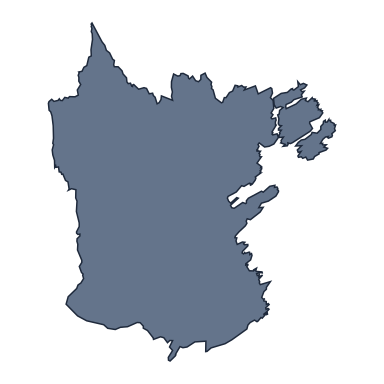 Asker nor, Oslo, Norway
{"feature_id": "86288312B86934644879837", "entity_name": "Asker nor", "entity_type": "district", "adm_level": 2, "iso_a3": "NOR", "parent_name": "Norway", "parent_adm1": "Oslo", "projection": "orthographic", "projection_center": [10.409, 59.839], "detail": "fine", "context": "isolated", "style": "filled", "palette": "slate", "viewbox_px": 384, "rotation_deg": 0, "n_neighbors": 0, "source": "geoboundaries", "source_scale": "gbopen_adm2", "svg_char_len": 5922}
<svg xmlns="http://www.w3.org/2000/svg" viewBox="0 0 384 384"><path d="M92.0,23.0L91.1,24.1L91.8,25.2L91.2,26.4L91.9,28.5L91.3,31.7L92.2,33.6L92.5,39.6L91.0,49.7L91.3,55.9L88.8,57.2L86.8,65.6L83.9,67.3L82.0,71.3L78.7,72.0L79.2,72.8L78.2,75.3L78.9,77.5L78.8,81.2L80.7,84.5L77.3,90.0L78.3,95.1L75.0,96.8L69.5,96.6L68.2,98.1L64.8,97.4L62.3,100.6L60.4,100.4L59.3,98.8L58.1,100.4L53.9,101.4L51.7,99.3L49.0,101.6L48.4,103.3L49.1,110.3L50.7,111.8L52.0,115.9L53.2,125.8L53.5,138.3L52.8,143.4L53.6,144.7L52.2,149.9L52.8,154.9L54.5,160.4L54.7,167.4L55.7,165.8L56.0,167.3L58.5,167.0L59.2,171.9L61.0,172.2L61.7,174.3L62.9,174.1L65.5,180.4L68.0,181.9L69.1,189.0L68.4,190.2L71.5,188.7L75.9,189.7L75.7,197.9L77.0,201.1L76.4,211.5L79.2,222.9L79.2,226.6L76.5,231.9L76.6,233.2L78.0,234.5L79.9,234.1L79.9,236.0L77.1,238.7L76.9,241.2L77.8,244.3L77.5,250.0L81.8,260.3L81.8,262.4L79.3,266.5L81.5,272.5L83.1,274.1L82.7,275.3L83.6,278.6L80.9,283.0L78.0,285.0L76.7,288.5L68.2,296.7L66.1,304.2L77.6,315.9L86.7,320.8L103.7,324.7L107.7,328.3L115.3,329.5L120.4,327.3L127.6,326.7L137.1,322.5L140.2,322.7L143.3,326.1L143.3,328.2L147.5,330.5L153.2,337.9L153.5,339.4L160.5,336.8L163.8,337.7L167.5,342.7L169.8,340.5L172.6,340.6L169.5,347.0L172.6,350.5L168.3,357.4L168.5,360.2L170.1,361.0L175.3,355.9L175.9,354.8L175.5,354.3L180.0,346.6L182.9,347.7L187.1,347.0L194.9,341.9L205.9,341.2L205.7,351.6L207.0,351.4L211.1,347.9L225.1,343.7L231.8,339.8L246.9,329.0L247.9,325.1L250.2,322.5L254.5,320.1L257.0,321.7L258.0,321.1L261.0,317.5L262.2,318.2L266.6,313.2L263.3,314.6L266.7,311.8L266.7,314.5L267.5,314.2L267.0,311.5L269.0,309.2L268.0,308.4L266.1,309.4L265.7,307.7L269.1,304.6L268.3,303.6L266.4,304.5L266.2,301.5L263.8,300.9L263.8,299.6L264.9,298.6L263.5,299.3L261.7,297.5L263.9,291.6L266.4,289.2L266.4,287.3L270.4,281.6L260.3,284.6L259.3,283.0L259.7,281.8L258.7,279.3L262.6,275.1L258.8,276.9L259.2,274.7L257.3,275.6L256.6,273.6L261.5,272.3L262.5,273.5L262.0,271.9L256.2,271.4L255.8,270.4L256.5,268.2L253.7,269.8L254.1,270.5L253.5,270.9L249.4,270.8L246.8,266.7L248.0,264.9L247.7,264.3L245.7,265.1L245.8,263.7L250.6,259.9L252.0,255.4L251.5,253.6L249.8,254.6L249.7,252.3L249.2,252.1L245.3,253.4L244.7,252.5L243.5,253.9L242.1,253.0L242.5,251.4L247.9,245.8L247.8,244.5L244.4,244.7L243.5,243.8L244.8,242.3L242.4,242.0L237.2,244.4L236.0,240.9L236.8,237.9L234.9,237.7L235.4,235.9L239.0,231.8L245.4,225.8L246.9,223.3L246.2,221.1L247.2,218.8L250.4,219.7L260.2,212.0L263.2,207.3L258.8,207.7L261.4,203.2L268.4,201.1L275.9,196.1L278.5,191.7L278.4,190.4L277.3,189.7L277.8,188.5L277.0,187.0L274.5,187.4L274.9,185.3L269.8,186.3L263.2,192.2L261.5,191.2L248.4,198.2L246.4,200.7L246.4,203.0L245.7,203.6L242.7,202.5L234.2,208.3L231.7,207.7L230.5,205.3L238.3,198.2L236.7,197.6L230.7,203.1L228.7,201.3L227.4,198.2L228.0,196.4L236.3,192.0L241.6,185.7L244.0,186.4L249.4,183.2L251.0,183.7L250.2,184.8L250.6,185.2L252.3,184.1L255.1,180.3L255.9,178.2L255.3,177.0L260.8,173.0L259.9,173.0L260.9,171.1L260.2,170.7L261.7,168.9L261.7,167.2L260.7,167.6L261.1,166.3L257.0,163.1L261.4,156.8L260.0,156.8L259.5,155.8L260.0,154.5L259.0,153.5L260.5,151.2L257.0,151.1L256.8,150.0L257.7,149.9L257.4,149.3L259.0,146.3L258.0,144.5L259.2,142.9L264.6,147.0L269.1,146.3L273.9,144.0L278.4,137.5L277.1,133.8L272.8,134.9L272.0,134.1L272.9,132.8L272.0,132.0L276.2,125.1L275.5,125.0L275.4,121.9L276.1,120.1L275.7,117.9L272.0,118.9L271.0,117.8L273.0,114.7L271.1,113.0L273.8,108.5L273.1,100.5L270.4,97.7L272.5,93.1L271.8,88.6L270.6,87.7L258.2,93.9L255.4,85.9L244.3,90.0L246.0,87.0L243.6,87.1L241.7,85.5L237.9,87.0L237.8,85.8L235.1,85.3L232.6,91.1L229.4,92.6L226.1,97.6L224.3,97.6L222.7,102.3L221.4,102.8L215.4,98.3L213.1,89.9L211.5,88.5L211.9,86.6L211.0,84.4L211.6,82.2L206.9,77.4L205.1,73.1L200.9,75.3L200.8,79.5L198.5,81.7L195.6,80.7L192.6,76.1L189.5,78.9L188.6,78.3L188.1,75.9L183.2,73.4L180.9,73.6L180.1,75.6L177.8,76.1L173.6,74.0L171.5,81.7L171.4,87.3L172.4,92.0L171.5,96.2L172.6,100.3L161.4,95.9L161.0,99.6L159.1,102.7L157.1,103.8L155.1,97.2L153.4,95.6L152.6,93.2L149.2,93.8L146.5,88.4L144.0,87.7L138.6,89.2L133.7,84.5L132.6,85.0L132.5,86.5L131.7,86.2L130.5,83.2L128.2,83.6L126.9,81.9L126.5,77.8L123.0,73.9L122.1,70.9L118.2,66.8L114.3,66.7L113.7,64.9L114.4,60.4L112.7,59.3L109.6,52.9L106.4,50.4L104.8,45.4L102.0,41.8L92.0,23.0ZM300.3,84.7L297.8,81.7L298.4,86.6L293.8,90.1L292.4,89.5L292.5,88.6L291.1,89.0L287.4,92.4L281.2,93.4L273.5,98.4L274.2,104.8L276.2,108.1L280.5,106.5L283.1,107.5L279.6,110.4L279.2,114.0L277.7,114.9L278.9,118.7L278.3,123.4L279.3,125.4L281.4,125.7L278.5,128.6L278.5,130.1L281.3,130.2L279.5,132.6L280.0,133.5L279.0,135.0L279.0,136.6L279.5,137.5L283.4,137.1L281.1,140.4L281.4,142.1L280.7,142.9L285.2,144.4L283.2,146.3L287.3,145.8L288.1,144.3L287.9,142.9L290.3,143.6L292.4,142.7L310.0,131.4L312.5,128.5L309.6,123.2L309.8,121.8L319.4,117.7L322.8,112.9L321.9,111.5L322.3,110.8L320.5,110.7L320.9,109.3L318.4,109.8L318.6,108.5L317.4,107.5L318.8,104.7L316.9,105.3L318.1,102.9L316.8,101.7L317.0,100.7L315.1,101.0L315.3,99.8L314.4,100.3L314.7,99.0L312.4,98.7L312.2,97.7L308.0,101.7L305.4,100.5L306.4,98.1L301.4,99.2L296.1,104.0L286.2,108.7L285.7,106.6L286.1,104.5L291.3,102.2L293.8,99.7L302.2,96.9L301.4,94.8L304.2,91.2L301.8,91.6L300.5,89.9L304.6,87.9L306.9,85.0L303.4,83.4L300.3,84.7ZM328.9,119.4L327.1,122.1L325.5,122.2L325.3,120.2L323.5,121.3L323.2,123.8L320.8,126.4L320.8,129.5L317.1,133.2L312.1,132.4L311.2,134.6L305.0,139.3L301.3,140.0L298.3,142.4L295.6,146.0L301.6,145.7L297.3,150.0L298.2,152.4L301.0,151.5L297.9,156.0L298.5,157.3L301.4,156.8L302.7,158.3L305.8,157.1L307.6,160.1L313.3,159.0L314.6,156.5L319.1,153.9L319.0,152.6L326.0,150.1L327.6,148.3L323.9,147.1L326.2,144.8L322.9,144.9L322.4,144.3L322.7,143.3L320.4,143.4L322.9,139.3L325.5,137.0L328.1,136.5L327.5,137.4L328.4,138.2L331.9,136.8L332.4,135.3L331.8,133.8L335.3,130.7L334.5,128.7L335.6,124.9L334.3,125.2L334.1,123.5L330.7,121.8L330.6,120.3L329.0,120.6L328.9,119.4Z" fill="#64748b" stroke="#1e293b" stroke-width="1.5"/></svg>